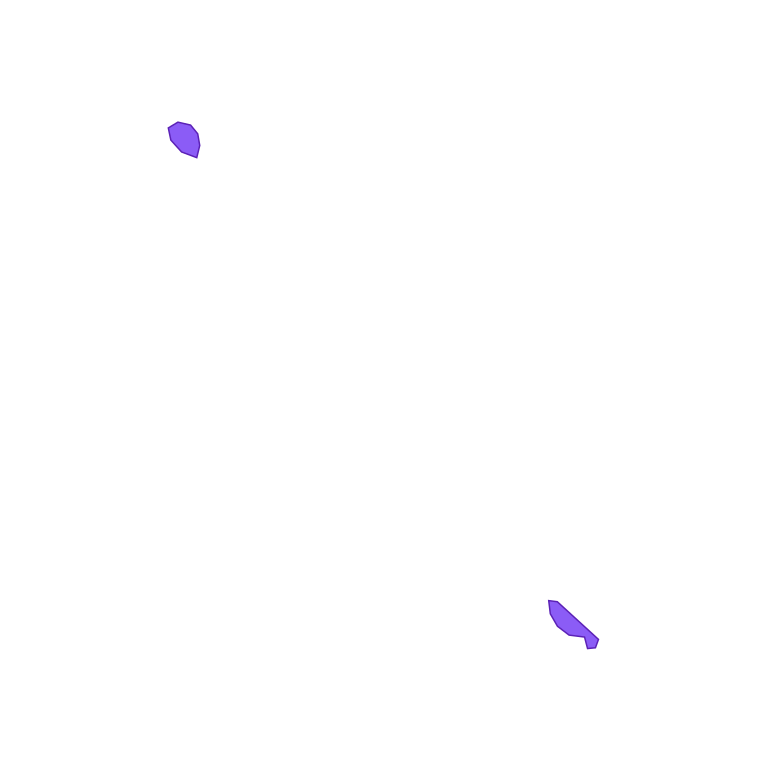 the Department of San Andrés y Providencia, rotated 299°
{"feature_id": "COL-1342", "entity_name": "San Andrés y Providencia", "entity_type": "Department", "adm_level": 1, "iso_a3": "COL", "parent_name": "Colombia", "parent_adm1": "", "projection": "orthographic", "projection_center": [-81.079, 13.04], "detail": "fine", "context": "isolated", "style": "filled", "palette": "violet", "viewbox_px": 768, "rotation_deg": 299, "n_neighbors": 0, "source": "natural_earth", "source_scale": "10m", "svg_char_len": 394}
<svg xmlns="http://www.w3.org/2000/svg" viewBox="0 0 768 768"><g transform="rotate(299 384 384)"><path d="M259.9,682.1L254.1,667.6L256.2,653.2L263.6,640.9L274.4,633.1L277.6,641.1L264.6,695.4L255.8,696.8L251.3,690.3L259.9,682.1ZM491.2,110.5L488.8,94.5L494.0,79.3L503.4,71.2L513.1,76.8L516.7,89.3L512.5,99.8L503.3,107.2L491.2,110.5Z" fill="#8b5cf6" stroke="#5b21b6" stroke-width="1.5"/></g></svg>